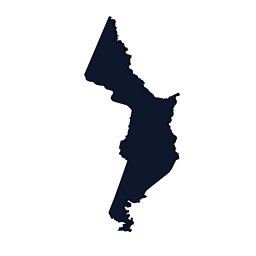 outline of Matupá, Mato Grosso, Brazil, rotated 288°
{"feature_id": "56859067B29352512721224", "entity_name": "Matupá", "entity_type": "district", "adm_level": 2, "iso_a3": "BRA", "parent_name": "Brazil", "parent_adm1": "Mato Grosso", "projection": "natural_earth1", "projection_center": [-54.414, -9.981], "detail": "fine", "context": "isolated", "style": "filled", "palette": "ink", "viewbox_px": 256, "rotation_deg": 288, "n_neighbors": 0, "source": "geoboundaries", "source_scale": "gbopen_adm2", "svg_char_len": 5889}
<svg xmlns="http://www.w3.org/2000/svg" viewBox="0 0 256 256"><g transform="rotate(288 128 128)"><path d="M165.2,70.6L165.2,71.7L163.9,71.8L163.4,72.7L162.1,73.1L161.6,73.5L161.1,75.1L161.0,77.0L161.8,80.7L161.5,81.4L160.6,82.7L160.1,84.7L160.6,89.1L161.2,90.8L161.2,92.3L159.5,94.2L158.9,95.7L158.8,96.1L159.3,97.5L159.1,98.4L159.2,101.8L158.6,102.8L156.5,103.8L155.3,103.7L153.9,103.1L152.9,103.1L151.7,102.8L150.5,103.7L149.5,105.2L149.7,106.2L149.5,107.2L150.0,120.2L147.9,124.6L146.2,127.0L143.8,127.0L142.9,127.7L141.9,127.3L139.2,128.0L138.2,127.1L137.6,127.5L137.2,128.4L132.4,128.7L131.1,129.3L130.5,129.2L130.4,128.6L130.1,128.3L128.1,129.9L127.6,130.0L127.1,130.0L126.3,129.4L125.6,129.9L124.5,129.6L121.5,130.4L120.4,130.0L119.5,128.9L119.1,129.5L118.6,129.6L116.3,129.4L116.0,128.9L115.6,128.7L115.0,129.1L115.1,128.4L114.8,128.0L114.3,128.3L113.2,125.7L111.4,126.1L110.7,125.8L110.3,126.1L107.5,126.2L106.2,126.6L105.9,127.6L105.1,128.5L102.5,128.5L101.4,127.9L101.0,128.1L100.9,129.6L99.8,131.4L99.3,131.3L98.9,131.8L99.0,132.4L99.4,132.7L98.7,133.2L99.1,133.8L99.0,134.3L97.8,135.9L98.0,137.0L97.6,137.3L97.3,138.3L77.8,137.9L56.6,137.2L42.2,136.3L41.6,136.5L40.5,137.2L40.0,138.2L38.1,139.6L37.3,140.8L37.7,141.1L38.3,140.7L38.7,142.1L38.3,143.1L37.0,143.7L37.1,145.4L36.7,145.8L37.0,146.3L37.0,148.0L36.6,148.3L36.1,148.0L36.0,148.6L36.7,149.1L36.9,150.1L37.7,151.1L37.7,151.9L38.0,153.3L37.4,153.9L37.2,155.7L36.9,156.1L36.3,156.1L36.4,157.0L35.7,157.4L35.4,156.7L34.9,156.4L34.8,155.8L35.2,155.3L34.6,154.8L34.8,154.4L34.6,153.6L32.7,154.4L31.9,154.5L31.4,154.0L31.4,153.2L30.9,153.1L30.9,152.6L30.4,151.7L30.5,151.2L30.2,151.0L28.9,151.3L28.2,151.0L29.7,154.8L29.4,157.1L30.8,159.6L30.7,160.6L30.3,161.7L30.6,162.1L31.9,162.5L32.3,162.0L32.1,160.0L32.3,159.5L32.8,159.4L35.0,160.3L36.4,160.1L38.6,162.3L39.7,162.2L40.7,160.7L41.5,160.2L43.2,159.9L43.1,159.3L41.2,159.4L39.9,159.7L39.7,159.3L39.7,158.4L40.9,157.0L41.2,155.4L42.5,155.0L43.9,156.1L45.6,156.2L45.7,154.7L44.6,154.4L44.2,153.4L44.2,152.9L45.0,152.2L48.2,153.0L48.2,154.0L48.5,154.3L48.9,154.1L49.3,153.8L48.5,151.7L49.4,150.3L50.3,149.7L50.8,148.6L51.4,148.4L53.2,149.1L53.6,151.0L53.0,151.6L53.0,152.2L53.8,153.4L54.1,154.2L54.4,154.4L56.4,154.0L57.1,151.8L56.5,151.2L56.6,150.5L57.1,149.9L57.7,149.6L59.2,149.6L59.7,149.8L60.2,151.3L59.3,153.7L59.1,155.8L59.6,158.1L60.9,159.8L61.1,161.3L61.6,161.6L62.1,161.0L63.3,160.2L64.5,161.5L64.6,161.9L65.5,162.1L66.0,162.7L67.6,165.6L68.3,166.2L68.6,165.2L68.4,164.7L69.5,163.1L74.5,164.2L99.0,180.4L103.0,181.6L112.6,183.0L114.5,185.2L115.0,185.4L115.1,185.0L117.2,184.4L117.5,183.4L117.8,183.6L118.2,183.0L118.6,183.2L118.4,182.6L118.8,181.9L118.4,182.1L118.1,181.6L119.0,181.3L119.3,181.5L119.3,180.7L119.9,179.9L120.4,179.4L121.2,179.4L122.1,178.9L121.9,178.4L122.4,178.3L122.5,179.1L123.0,179.3L123.0,178.6L123.2,178.2L123.7,178.6L124.8,177.6L125.2,177.7L125.4,177.3L125.2,176.9L125.6,176.8L125.6,176.3L127.2,176.2L127.6,175.9L128.4,176.6L129.0,176.5L129.3,176.9L130.1,176.5L130.4,177.0L131.5,176.4L131.9,176.8L132.2,176.4L132.5,177.2L132.9,177.2L133.7,176.2L134.0,176.6L134.4,176.3L134.7,175.2L134.6,174.8L135.1,174.5L135.0,173.3L135.8,172.2L136.2,172.2L137.0,170.1L138.4,170.1L139.9,167.8L140.3,167.9L141.0,167.4L142.1,167.5L143.3,165.1L143.7,165.2L144.5,164.5L145.0,164.8L145.3,164.5L146.1,165.0L146.1,165.5L146.7,166.2L147.6,166.1L148.6,166.6L149.6,166.1L149.9,165.5L150.5,165.5L151.6,164.8L152.5,165.3L152.6,165.9L153.0,166.2L153.7,166.4L154.2,166.2L154.6,166.5L155.8,166.3L156.2,166.1L156.1,165.6L157.1,165.5L157.4,165.1L159.2,165.1L159.7,164.5L161.3,164.0L162.1,164.8L164.4,164.6L164.8,164.9L164.9,165.4L166.7,165.9L168.6,165.4L170.2,163.7L171.8,163.2L173.7,163.6L174.8,166.0L175.3,166.2L175.9,166.0L176.3,165.5L175.9,164.7L172.2,160.9L171.3,160.3L170.7,159.5L170.5,158.5L169.8,158.0L167.7,157.6L167.2,157.0L167.6,155.8L166.9,155.0L166.6,153.9L166.0,153.4L166.2,152.6L165.6,147.3L165.0,146.2L165.1,144.7L164.8,143.9L165.0,143.5L165.9,142.8L166.9,141.6L168.0,139.2L167.8,138.3L169.5,136.0L169.8,134.6L170.5,134.2L170.2,133.8L170.7,133.4L171.0,132.3L171.4,131.9L171.0,130.8L171.4,130.2L172.9,129.6L173.4,128.7L174.3,128.5L175.4,128.8L175.6,129.3L176.2,128.7L176.3,128.2L177.3,127.1L177.1,125.8L178.1,124.4L177.7,122.9L178.1,122.8L178.3,121.4L178.7,121.5L178.9,121.1L179.2,121.2L179.6,121.0L179.7,120.3L180.1,120.1L179.9,118.9L180.3,118.8L180.1,118.2L180.5,117.6L180.5,116.9L180.0,116.5L181.0,115.1L182.2,114.5L182.6,114.8L183.0,113.8L183.4,114.0L183.3,113.5L184.3,112.9L183.9,112.1L184.4,111.3L184.8,109.5L185.5,109.2L186.0,109.6L187.5,109.2L188.1,109.5L188.5,109.3L188.8,109.4L189.4,110.3L190.1,109.8L190.0,109.2L190.9,109.2L191.7,108.4L192.5,108.8L194.3,107.9L196.1,108.7L196.5,108.4L197.3,108.5L197.4,105.8L196.7,104.5L197.0,104.8L197.3,104.2L197.4,103.4L197.9,103.1L197.5,102.2L197.8,101.1L198.7,101.6L199.5,101.2L200.2,101.8L200.6,101.5L201.0,101.6L202.0,103.1L202.3,102.7L202.2,102.1L202.5,101.6L203.0,101.6L203.2,102.1L203.5,101.6L203.3,100.7L202.4,100.5L202.7,99.9L203.3,99.7L203.7,99.3L204.5,99.2L204.2,98.0L204.5,97.7L204.9,97.7L205.6,97.2L206.4,97.9L206.7,97.5L206.3,97.0L206.6,96.6L206.6,95.3L206.8,94.8L207.2,95.0L208.3,94.4L208.2,93.9L208.4,93.5L207.3,93.0L207.7,92.7L207.8,92.2L206.1,92.4L206.5,91.1L206.0,91.0L206.2,90.6L206.6,90.4L207.3,89.5L207.4,90.0L207.8,89.8L208.2,90.1L209.5,89.6L209.8,90.0L210.3,89.2L210.2,88.7L210.8,88.5L210.9,89.0L211.8,88.7L212.3,89.5L212.5,88.8L212.9,88.7L212.9,88.3L213.3,88.0L213.8,88.0L215.2,87.1L215.5,87.5L216.3,87.0L216.4,86.4L217.1,85.5L218.1,85.5L219.1,85.8L219.6,85.5L220.4,84.4L220.3,83.8L221.5,82.7L221.7,83.0L222.4,82.7L222.4,83.3L222.9,83.2L223.0,82.6L223.5,82.4L224.9,83.0L225.7,82.4L226.3,81.6L226.1,80.0L226.0,79.3L225.7,79.0L225.4,79.4L225.1,78.1L226.2,77.0L226.8,77.1L227.0,76.8L227.4,76.8L227.7,77.2L227.8,76.1L165.2,70.6Z" fill="#0f172a" stroke="#020617" stroke-width="1.5"/></g></svg>